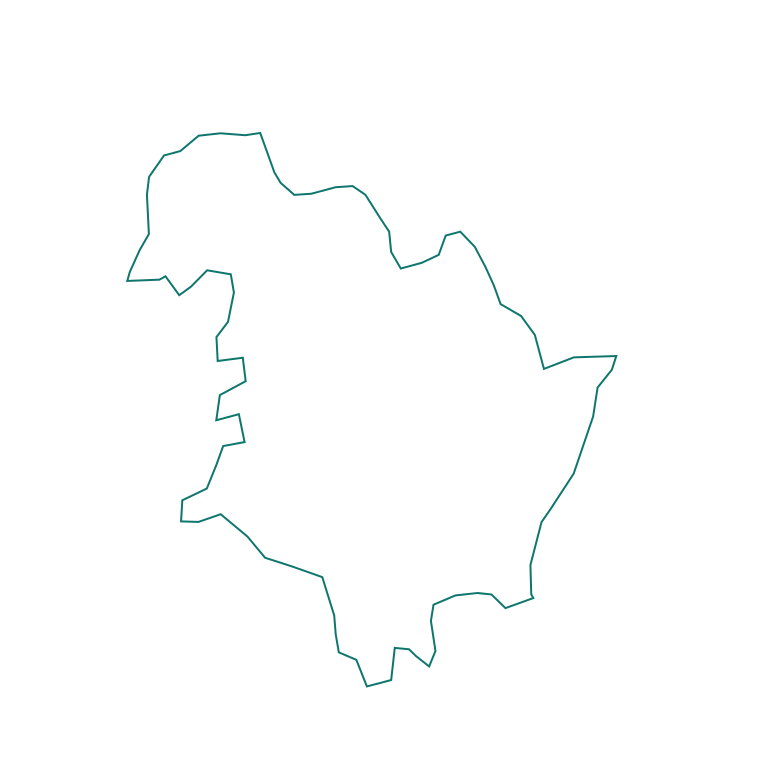 the district of Anseong-si, Gyeonggi, South Korea, rotated 255°
{"feature_id": "91817680B64740203795166", "entity_name": "Anseong-si", "entity_type": "district", "adm_level": 2, "iso_a3": "KOR", "parent_name": "South Korea", "parent_adm1": "Gyeonggi", "projection": "albers", "projection_center": [127.32, 37.016], "detail": "fine", "context": "isolated", "style": "outline", "palette": "teal", "viewbox_px": 768, "rotation_deg": 255, "n_neighbors": 0, "source": "geoboundaries", "source_scale": "gbopen_adm2", "svg_char_len": 1255}
<svg xmlns="http://www.w3.org/2000/svg" viewBox="0 0 768 768"><g transform="rotate(255 384 384)"><path d="M550.0,162.7L542.9,194.1L544.6,200.8L522.8,209.2L527.9,222.6L539.6,242.6L529.6,264.4L511.2,262.7L484.4,249.4L472.7,234.3L449.3,229.3L445.9,254.4L422.5,251.1L415.8,222.6L392.4,212.6L392.4,236.0L364.0,234.3L365.7,212.6L348.9,200.9L328.9,185.8L323.9,159.1L303.8,152.4L298.8,169.1L300.5,192.5L272.0,212.6L246.9,224.2L231.8,247.6L213.4,274.4L173.3,276.0L154.9,272.6L136.5,270.9L124.7,285.9L96.3,289.2L96.2,314.3L126.3,326.1L121.3,339.5L112.9,344.5L99.5,354.5L112.8,364.6L143.0,368.0L158.0,374.7L161.3,398.2L158.0,419.9L152.9,433.3L136.1,443.3L138.6,472.8L142.8,471.8L171.3,478.6L209.8,500.4L219.8,512.2L248.3,544.0L273.4,560.8L298.5,577.6L325.3,589.4L338.8,607.8L350.9,615.6L360.6,574.3L357.2,542.4L392.4,542.4L414.2,534.0L431.0,517.3L451.1,515.6L471.2,512.2L493.0,507.2L511.4,497.1L511.4,482.0L494.6,470.3L491.3,451.9L491.2,430.1L509.7,425.1L529.8,428.4L544.8,423.4L571.6,415.0L583.3,404.9L586.6,388.2L586.6,363.0L589.9,346.3L605.0,336.2L616.7,332.9L658.5,329.4L660.2,314.4L668.5,290.9L671.8,269.2L661.7,247.5L661.7,230.7L644.9,210.7L628.2,204.0L589.7,195.7L576.3,182.4L557.9,167.4L550.0,162.7Z" fill="none" stroke="#0f766e" stroke-width="2"/></g></svg>